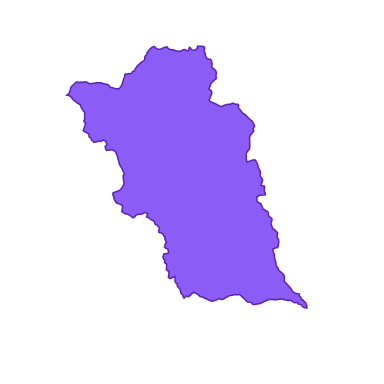 Chhoekhor, Bumthang, Bhutan, rotated 339°
{"feature_id": "84629894B98599067496491", "entity_name": "Chhoekhor", "entity_type": "district", "adm_level": 2, "iso_a3": "BTN", "parent_name": "Bhutan", "parent_adm1": "Bumthang", "projection": "mercator", "projection_center": [90.666, 27.781], "detail": "fine", "context": "isolated", "style": "filled", "palette": "violet", "viewbox_px": 384, "rotation_deg": 339, "n_neighbors": 0, "source": "geoboundaries", "source_scale": "gbopen_adm2", "svg_char_len": 6028}
<svg xmlns="http://www.w3.org/2000/svg" viewBox="0 0 384 384"><g transform="rotate(339 192 192)"><path d="M109.9,56.7L110.8,57.1L112.4,58.8L113.5,60.3L113.6,62.0L115.2,65.1L116.7,67.7L117.9,69.3L118.9,70.2L118.9,73.5L119.7,77.6L120.3,79.1L117.8,85.7L116.5,86.7L116.6,88.1L117.5,89.6L116.6,90.3L116.1,91.3L112.4,95.7L113.2,97.1L116.2,100.4L116.2,101.7L115.7,103.9L116.9,105.6L116.8,108.0L117.9,109.0L118.3,110.6L121.0,111.0L123.3,111.0L124.8,112.1L126.3,112.0L127.0,111.7L127.9,111.8L129.3,113.1L129.8,116.8L129.7,117.3L127.1,118.5L126.8,122.0L127.2,122.6L131.4,123.5L132.9,124.4L134.3,125.7L135.1,127.8L135.0,132.8L134.2,140.4L135.0,145.2L135.0,147.1L135.6,149.9L135.2,150.8L133.5,152.2L132.7,154.6L132.1,157.9L131.2,160.3L128.2,163.0L125.5,164.4L123.4,164.6L118.2,164.4L118.1,164.7L117.5,165.2L117.4,166.4L117.0,166.8L117.3,168.4L116.7,170.0L116.8,170.3L116.9,172.3L117.4,173.1L117.2,173.6L117.4,174.1L117.4,175.1L120.3,177.5L121.5,178.8L122.0,179.7L121.9,180.8L121.1,182.5L119.3,185.0L121.6,188.2L121.8,188.0L122.7,188.9L124.1,189.8L126.1,192.3L127.3,194.4L128.3,195.1L129.3,194.8L131.6,193.5L133.6,193.5L137.1,194.7L140.4,194.1L142.7,196.1L142.8,197.1L141.4,197.9L140.6,199.1L141.5,199.7L142.6,201.1L143.7,203.1L145.1,204.3L146.4,206.6L145.9,207.8L146.0,208.9L147.7,210.6L147.9,212.0L148.9,213.8L148.0,215.2L147.0,215.8L146.8,216.9L146.7,217.9L146.9,218.3L148.1,218.8L149.6,220.3L150.2,223.7L150.8,224.2L149.8,225.8L149.8,228.1L150.2,230.2L149.1,230.3L148.4,231.0L146.6,233.4L147.3,235.2L149.0,236.4L149.1,236.7L148.3,240.1L146.8,240.7L145.5,240.3L145.0,239.9L143.4,239.8L142.7,241.1L141.8,241.8L141.6,242.2L141.5,244.6L142.3,245.7L142.3,246.2L141.3,247.1L141.1,248.1L142.1,249.7L142.5,250.0L142.5,250.3L142.1,250.9L141.7,252.5L140.5,254.4L140.3,255.7L141.9,258.0L140.7,261.0L139.4,263.0L140.0,264.5L141.0,265.1L143.6,264.8L145.9,265.0L144.4,268.5L144.1,269.6L144.2,271.0L145.2,272.3L145.0,273.3L144.6,274.2L144.6,275.1L144.7,275.5L145.4,275.9L145.4,277.3L146.0,278.1L145.5,282.1L145.5,283.0L146.4,285.1L146.2,286.4L146.5,288.2L147.0,288.2L148.5,287.3L149.6,287.2L151.1,288.6L152.4,288.0L153.5,288.1L154.7,286.9L156.1,286.9L157.6,286.2L158.1,286.3L158.1,286.7L159.8,288.3L161.1,290.3L161.4,291.2L162.4,292.8L164.0,293.6L164.8,294.7L165.3,294.9L166.5,296.6L167.2,296.9L168.2,297.8L168.5,298.7L170.0,299.3L170.3,300.2L171.3,301.3L177.0,301.6L178.1,301.3L180.0,301.7L180.3,302.5L181.4,303.1L182.1,303.2L183.0,303.2L185.7,302.7L186.6,302.8L188.7,302.2L191.0,302.3L192.0,302.8L194.6,303.0L196.2,303.6L196.5,303.9L199.5,304.7L200.8,306.8L201.5,308.6L202.4,309.7L203.3,312.5L204.2,314.3L207.2,316.0L208.3,317.6L208.5,318.6L209.3,319.2L215.8,320.6L221.2,320.0L225.6,320.1L226.9,320.4L232.0,322.9L235.0,323.3L236.4,323.9L237.6,324.0L239.6,325.7L240.6,326.1L242.6,327.7L244.6,328.2L245.7,329.1L248.2,332.3L249.4,332.3L250.3,332.7L250.9,334.5L253.5,336.3L254.0,337.2L254.1,338.8L254.4,339.2L256.8,341.1L257.6,341.5L258.4,339.7L258.2,338.4L258.5,336.2L257.0,333.4L257.1,332.8L255.8,331.9L256.0,329.9L254.9,327.4L255.7,325.9L251.6,323.1L250.2,320.6L249.6,317.1L249.2,316.4L249.0,315.4L247.3,311.0L246.5,309.8L246.2,308.7L247.0,306.0L247.7,304.8L248.0,302.5L248.0,302.1L245.1,296.2L244.9,295.1L245.0,293.2L244.3,292.0L244.1,290.8L244.7,289.4L245.1,287.1L245.3,286.1L245.1,284.7L246.6,278.7L246.4,276.7L246.7,275.3L247.3,274.1L250.5,274.2L252.0,274.6L252.8,273.7L255.2,269.6L255.7,267.8L255.6,266.2L255.3,265.2L255.5,264.0L256.7,262.2L257.1,260.5L256.9,259.6L255.9,257.8L255.4,256.3L254.3,255.8L254.3,249.9L254.7,249.1L255.4,248.5L256.9,246.4L256.9,245.1L255.1,242.3L255.2,240.9L255.7,238.8L255.7,237.5L255.4,236.9L253.8,235.9L253.6,234.6L251.9,233.3L252.3,231.8L252.0,228.7L252.2,227.6L250.2,225.5L249.4,224.1L250.7,219.8L251.6,219.9L253.7,219.2L259.4,220.9L259.9,220.0L260.0,219.0L259.8,218.1L260.1,216.1L260.3,215.4L260.8,215.0L261.1,213.9L261.8,212.7L261.2,212.0L259.0,211.0L258.8,210.4L259.6,209.6L260.1,208.8L260.6,208.6L260.7,207.9L262.2,206.3L262.3,204.7L261.4,202.1L261.4,200.8L262.9,198.6L263.0,196.6L262.7,192.9L263.2,189.2L262.6,184.9L260.7,183.9L254.1,183.8L254.4,180.7L256.4,175.5L259.0,173.5L260.7,172.8L262.2,170.5L264.8,163.0L264.9,162.3L265.5,161.4L267.4,159.6L271.6,157.2L271.6,155.5L271.9,154.8L274.0,153.0L274.1,151.8L273.6,147.5L271.6,144.1L269.6,139.2L267.3,136.0L266.8,133.5L265.8,131.2L265.6,130.2L265.8,129.2L266.5,128.2L266.6,127.1L266.2,126.4L263.9,125.6L262.1,123.7L261.1,123.5L259.6,123.9L256.3,122.8L252.2,122.6L250.4,122.8L249.7,122.6L248.4,121.6L245.8,118.3L242.4,115.1L241.1,113.5L241.0,112.6L241.3,111.8L245.5,107.4L246.0,106.4L246.3,105.3L246.3,104.2L245.1,102.7L244.8,102.1L245.1,101.5L247.5,98.9L248.4,97.4L250.1,96.9L252.3,95.7L254.6,95.2L255.3,94.7L256.3,91.3L257.4,89.6L257.6,88.7L257.6,87.0L256.4,84.7L255.5,83.5L255.2,82.7L255.4,81.8L256.2,80.7L256.8,78.9L257.2,76.3L257.1,75.6L256.7,74.7L254.1,73.3L253.7,72.4L253.5,70.8L253.4,69.5L253.9,68.0L254.0,67.0L253.9,64.4L254.7,62.9L255.3,62.3L255.6,61.3L254.9,60.2L249.5,57.9L248.8,58.7L248.4,59.9L247.7,60.2L245.3,60.6L244.2,60.3L243.0,59.3L242.3,58.2L242.3,57.3L241.4,56.0L240.3,57.6L239.5,58.4L238.8,58.7L237.9,58.4L236.5,56.5L235.7,56.2L234.8,56.0L232.0,56.6L230.5,55.8L229.4,55.6L226.9,54.1L226.1,52.8L222.1,50.8L221.0,49.0L220.9,47.9L220.4,47.3L216.9,47.1L215.6,47.4L213.6,47.4L213.1,47.1L211.5,46.8L209.5,44.2L209.1,42.7L208.3,42.5L206.4,42.6L204.3,43.3L202.3,44.4L200.1,45.8L198.1,48.0L196.9,48.3L196.3,49.2L195.0,51.7L193.9,52.3L192.1,52.5L190.2,53.0L188.4,53.9L187.5,54.1L184.8,55.5L181.5,58.2L179.5,58.3L177.3,59.8L176.9,59.8L175.8,58.9L175.2,58.7L173.4,58.6L172.7,58.1L171.7,58.1L171.2,58.6L170.6,60.1L169.0,61.7L164.7,67.2L163.2,68.0L161.1,69.6L160.5,69.4L159.7,68.8L158.3,68.6L157.4,68.0L155.0,66.0L153.5,65.3L152.0,61.5L149.8,60.3L146.4,57.6L142.0,55.7L140.9,55.7L136.2,54.5L134.4,53.7L133.6,52.1L132.2,51.1L130.8,50.5L129.9,50.6L127.4,49.5L126.7,49.7L125.0,48.5L123.3,47.9L121.9,48.4L121.1,48.9L117.6,50.1L116.0,51.3L114.8,53.3L112.7,55.7L111.4,56.4L110.6,56.4L109.9,56.7Z" fill="#8b5cf6" stroke="#5b21b6" stroke-width="1.5"/></g></svg>